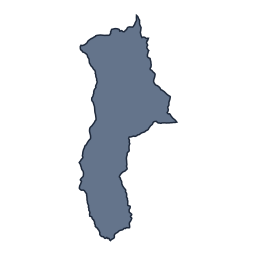 outline of Shingkhar, Shemgang, Bhutan
{"feature_id": "84629894B47600985586733", "entity_name": "Shingkhar", "entity_type": "district", "adm_level": 2, "iso_a3": "BTN", "parent_name": "Bhutan", "parent_adm1": "Shemgang", "projection": "robinson", "projection_center": [90.924, 27.213], "detail": "fine", "context": "isolated", "style": "filled", "palette": "slate", "viewbox_px": 256, "rotation_deg": 0, "n_neighbors": 0, "source": "geoboundaries", "source_scale": "gbopen_adm2", "svg_char_len": 5734}
<svg xmlns="http://www.w3.org/2000/svg" viewBox="0 0 256 256"><path d="M176.8,122.1L175.2,120.1L172.7,118.1L171.3,116.3L170.7,115.5L170.3,114.6L169.8,114.0L169.5,113.8L169.1,114.0L168.2,113.8L167.5,113.2L167.1,112.6L167.2,112.4L167.5,112.1L168.1,110.9L168.3,109.7L167.8,107.8L167.8,106.8L168.7,105.6L168.9,105.1L168.9,102.4L169.9,99.3L170.3,96.8L170.0,96.3L168.8,95.7L167.0,94.4L164.3,91.7L161.8,90.0L160.9,89.8L159.9,87.8L159.0,86.9L158.0,86.1L157.2,85.6L156.0,85.2L155.3,84.7L154.1,82.9L153.6,81.8L153.7,79.9L154.6,77.2L154.9,75.8L155.1,74.1L154.3,73.0L152.9,71.8L151.8,70.4L151.2,70.1L150.3,69.6L150.1,68.8L150.2,68.2L151.0,66.9L151.2,64.7L150.9,63.2L150.9,62.2L150.8,61.5L150.5,60.7L150.5,60.2L150.2,59.6L150.1,58.5L148.2,57.6L147.6,56.9L147.4,56.5L147.4,54.7L148.1,52.3L148.2,51.4L148.8,50.6L147.9,49.7L146.8,47.8L146.9,46.7L147.3,45.7L147.7,45.2L147.3,44.2L146.7,43.4L146.5,42.9L146.6,42.4L146.9,40.9L147.4,40.9L147.6,40.5L148.4,38.3L147.3,38.3L146.2,38.5L145.8,38.2L144.9,37.4L144.3,37.2L143.2,37.1L142.0,37.6L141.1,35.8L140.3,32.4L140.7,30.6L140.9,28.8L141.1,27.7L140.0,25.2L139.5,23.8L139.6,22.5L139.5,21.7L139.6,20.2L139.0,19.5L138.3,17.9L137.9,16.8L137.1,15.9L136.5,15.4L136.4,17.3L136.5,20.4L136.0,21.3L135.4,22.4L135.0,23.2L134.8,24.1L133.6,26.0L133.4,26.4L132.9,26.9L132.6,27.1L129.3,26.9L127.8,27.4L127.4,27.8L126.5,29.6L125.3,30.4L124.5,31.6L123.5,31.7L122.9,31.6L122.6,31.4L121.9,30.7L121.6,30.6L119.8,31.2L119.6,30.9L119.6,30.2L119.1,29.5L118.8,29.2L117.8,29.0L117.0,28.7L115.0,28.6L111.6,29.4L110.9,31.4L110.6,31.8L110.7,33.1L110.6,33.5L110.1,34.0L109.9,34.7L109.4,35.1L108.9,35.3L106.5,35.3L104.6,35.4L100.3,35.0L96.9,35.4L95.7,35.8L95.4,36.4L95.2,36.5L93.6,37.3L92.3,38.3L91.8,38.5L91.5,38.4L89.8,39.6L88.2,40.8L87.6,41.7L87.1,42.7L85.8,43.9L84.7,44.7L82.7,45.5L81.7,45.5L81.0,45.7L80.9,45.5L80.3,46.4L80.3,47.9L80.4,48.9L80.6,49.5L81.0,50.1L81.7,50.4L82.7,52.0L83.7,52.3L84.9,52.9L85.9,53.8L86.5,54.0L87.1,54.8L87.5,56.0L87.6,56.8L89.0,59.0L89.4,63.0L90.3,64.4L90.5,65.0L91.5,66.5L92.0,66.8L92.6,67.5L93.0,68.4L93.4,69.0L94.2,69.9L94.6,70.1L95.0,70.8L95.1,71.3L95.4,71.9L95.4,72.3L95.2,73.5L95.7,74.3L95.9,76.8L96.5,78.2L96.7,79.0L96.6,80.2L96.9,80.8L97.2,82.1L96.8,83.1L96.7,83.8L96.3,84.4L95.7,85.8L95.6,86.6L95.8,86.9L95.9,87.5L94.5,89.4L94.0,90.5L93.9,91.4L93.7,91.8L93.7,92.3L93.8,93.4L93.6,93.9L93.3,94.3L93.1,95.7L92.3,97.4L91.9,97.7L91.8,97.9L91.7,99.4L91.7,100.0L92.1,101.0L93.3,102.5L93.4,103.3L94.5,106.7L94.8,111.0L95.0,112.5L95.5,114.5L96.0,118.2L96.0,119.9L95.2,120.7L94.4,122.4L92.0,125.7L90.6,127.0L90.1,127.6L89.7,128.7L89.5,130.3L89.6,131.8L90.5,135.3L90.6,136.8L90.6,138.2L90.3,138.9L88.7,140.6L87.4,142.6L86.2,144.9L85.3,145.4L84.8,146.2L84.3,148.1L83.6,149.4L82.9,152.0L82.6,154.7L82.3,155.9L82.8,156.7L82.9,157.2L82.8,157.8L82.1,158.7L81.2,159.6L80.7,160.7L79.8,161.7L79.2,162.6L80.4,164.4L80.8,166.1L81.2,166.9L81.3,167.6L81.5,168.6L82.0,169.7L83.0,171.1L83.3,171.8L83.5,173.5L83.3,176.0L82.9,176.7L81.4,178.2L80.4,179.5L80.4,179.9L80.5,180.3L81.4,181.0L81.5,181.4L80.5,184.3L79.7,185.8L79.3,188.1L79.6,188.8L79.9,189.1L80.6,189.7L81.0,190.0L81.6,190.2L83.1,190.1L84.1,190.5L84.5,190.8L85.7,192.7L86.6,193.8L86.6,195.3L86.8,195.9L87.0,198.3L87.0,199.9L87.4,201.4L87.4,202.7L88.0,204.3L88.5,205.4L88.6,205.9L88.3,207.1L88.7,207.8L88.9,208.6L88.8,210.2L89.5,211.1L89.6,211.8L89.9,212.7L89.9,213.2L89.5,214.0L89.7,215.3L89.7,216.1L91.4,216.6L91.7,216.9L91.9,217.2L92.1,218.3L92.4,218.8L92.8,219.3L93.2,219.6L93.5,219.6L93.8,220.6L94.5,221.7L94.6,222.2L94.5,223.0L94.5,223.4L94.8,224.0L95.3,225.0L95.3,225.4L95.2,226.2L95.7,226.6L96.2,227.5L96.7,227.7L97.6,228.4L98.1,229.5L99.0,230.4L99.5,231.8L99.8,232.3L99.8,234.1L99.9,234.7L100.2,235.1L101.3,236.3L102.0,236.6L103.4,236.7L103.7,237.0L104.0,237.5L104.8,238.3L105.6,238.3L106.6,237.5L106.9,237.5L107.3,238.3L107.7,238.5L108.5,238.3L109.1,238.5L109.6,239.9L110.5,240.6L111.2,239.7L113.8,238.2L114.1,237.8L114.4,237.0L114.3,235.6L114.3,235.2L114.8,234.2L115.8,233.3L117.6,232.3L118.8,231.1L119.4,230.7L120.1,230.4L122.5,229.8L123.1,229.4L123.8,228.6L124.3,228.4L125.5,228.5L126.3,227.7L126.5,227.7L128.7,227.8L129.5,227.7L129.6,227.4L129.7,226.8L129.5,224.9L129.3,224.1L129.4,222.9L130.0,221.8L130.6,221.0L131.0,220.2L131.8,218.3L131.7,218.0L131.4,217.6L130.7,217.2L130.5,216.7L130.5,216.2L131.6,215.0L131.7,214.6L131.7,214.3L130.9,213.5L130.0,212.8L129.4,212.3L129.2,211.9L129.1,209.8L129.4,209.1L130.0,208.2L130.2,207.2L130.2,206.5L130.1,206.2L128.0,205.5L127.7,205.2L127.7,204.3L127.8,200.9L127.4,200.1L127.4,198.4L126.5,197.1L126.7,194.9L126.6,193.7L126.4,193.1L125.6,192.1L125.5,191.7L125.7,190.2L125.6,189.8L124.0,187.9L122.5,185.7L122.4,185.2L121.8,183.9L121.7,181.8L121.4,180.9L120.9,180.1L120.5,179.4L120.4,178.3L120.2,177.9L119.4,177.1L119.4,176.3L120.4,174.5L121.9,172.8L123.0,171.9L125.2,170.9L125.8,170.2L127.0,169.2L127.1,168.7L127.1,168.4L126.5,166.4L126.5,165.8L126.8,165.2L126.9,164.3L126.7,163.1L126.6,160.8L126.4,158.8L126.4,158.0L126.7,156.2L127.2,154.9L127.1,153.7L127.2,153.2L127.6,152.4L129.0,151.2L129.2,150.3L129.0,148.3L129.0,146.2L129.2,145.2L129.8,143.7L129.3,142.6L129.3,141.3L129.4,140.3L129.3,139.8L128.8,139.0L128.6,138.5L129.2,137.0L129.5,136.9L130.7,137.0L133.2,136.2L133.7,136.1L134.3,136.3L135.6,136.3L137.1,135.5L137.2,135.2L137.6,134.9L138.9,134.7L139.4,134.5L141.5,132.9L144.7,131.9L145.0,131.6L146.0,130.7L146.6,130.5L148.0,129.7L148.6,128.8L148.8,128.2L150.7,125.6L151.7,124.9L152.4,124.2L153.2,122.4L153.7,121.9L154.7,121.5L155.3,121.4L156.5,121.4L156.9,122.0L158.2,123.0L158.6,123.0L159.1,122.9L160.5,123.3L161.4,123.2L161.9,122.9L164.6,122.8L166.6,123.0L167.5,122.9L169.6,122.9L170.5,122.7L172.0,122.7L173.9,122.4L175.0,122.5L176.8,122.1Z" fill="#64748b" stroke="#1e293b" stroke-width="1.5"/></svg>